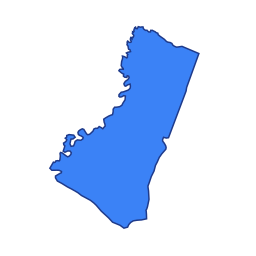 outline of Muar, Johor, Malaysia, rotated 348°
{"feature_id": "92858781B4939885294010", "entity_name": "Muar", "entity_type": "district", "adm_level": 2, "iso_a3": "MYS", "parent_name": "Malaysia", "parent_adm1": "Johor", "projection": "albers", "projection_center": [102.758, 2.134], "detail": "fine", "context": "isolated", "style": "filled", "palette": "blue", "viewbox_px": 256, "rotation_deg": 348, "n_neighbors": 0, "source": "geoboundaries", "source_scale": "gbopen_adm2", "svg_char_len": 3323}
<svg xmlns="http://www.w3.org/2000/svg" viewBox="0 0 256 256"><g transform="rotate(348 128 128)"><path d="M144.4,45.9L144.6,47.2L145.1,47.8L145.0,48.9L144.9,49.9L145.0,51.1L146.1,51.7L146.4,53.8L145.4,53.9L143.5,53.9L142.0,54.3L142.6,55.4L143.1,56.1L142.3,57.1L142.2,58.6L141.4,59.2L140.4,58.4L139.1,57.3L137.5,56.5L137.4,58.2L136.6,59.9L135.7,61.4L134.3,65.6L134.9,67.6L135.7,68.8L135.6,69.6L133.8,69.1L132.0,69.0L131.0,70.1L132.8,72.4L134.0,73.7L135.0,74.4L134.3,76.3L135.3,77.6L137.4,78.3L138.1,76.7L139.4,77.4L139.6,78.7L138.9,79.8L138.0,80.6L135.1,81.8L133.3,83.6L133.2,84.8L133.7,86.2L134.5,86.6L136.8,85.7L139.2,85.5L139.1,87.4L138.5,89.3L137.5,90.2L135.9,91.0L131.0,91.7L128.8,91.6L126.2,93.4L125.7,95.1L126.4,96.0L127.6,96.2L129.2,96.0L130.5,95.4L132.1,96.2L131.0,99.8L128.3,102.5L126.7,104.5L124.3,105.4L121.4,105.3L119.2,104.9L117.4,106.5L116.8,109.2L115.6,111.7L113.8,111.9L111.7,112.3L108.3,113.4L106.1,114.3L105.9,117.4L106.2,119.3L106.1,121.3L104.4,122.5L103.2,123.5L101.7,121.9L100.1,120.6L98.1,122.0L96.2,121.5L94.4,121.9L93.2,123.7L90.8,125.2L89.0,126.2L87.2,126.2L86.3,125.2L85.3,122.5L84.5,120.2L83.1,119.3L81.0,119.8L79.0,120.8L78.1,122.0L78.1,124.0L79.1,125.1L80.6,126.1L82.2,127.8L81.5,129.3L79.3,130.2L75.9,129.1L73.5,130.1L72.3,132.4L71.0,134.2L68.5,134.1L67.9,131.4L69.9,127.0L71.9,127.3L74.4,126.1L73.4,123.7L69.0,122.2L66.5,122.6L66.1,124.2L64.5,124.9L65.7,126.6L65.2,127.6L64.0,128.5L61.8,129.4L61.7,131.1L62.5,132.3L61.6,134.1L59.8,137.2L61.3,138.6L64.3,137.9L66.5,138.5L67.4,140.4L66.5,142.1L64.5,143.4L62.9,143.6L61.6,142.3L59.5,139.9L58.5,138.7L56.9,137.9L56.2,138.8L56.0,141.2L55.3,143.5L54.6,145.3L53.8,145.9L52.4,145.3L50.6,145.2L49.9,146.0L49.5,146.3L48.6,146.4L47.9,145.9L43.2,151.1L44.7,153.5L47.7,154.1L49.7,154.5L51.9,155.1L53.9,156.7L53.5,157.9L51.9,158.3L47.1,159.9L46.7,161.7L47.9,165.2L51.7,168.4L56.5,173.0L60.4,176.2L65.6,180.9L68.4,184.3L72.2,187.5L76.2,190.9L78.9,194.1L80.9,197.0L84.7,204.0L90.3,211.8L93.3,216.9L100.0,221.5L103.2,225.1L107.0,224.9L108.6,222.7L111.0,220.9L113.9,219.9L117.9,220.1L122.1,220.7L127.1,220.7L127.3,220.7L128.1,216.2L128.5,213.3L128.5,212.2L129.5,211.1L130.7,209.0L133.7,202.2L135.0,193.8L135.1,192.4L135.2,190.6L135.5,188.8L136.9,186.7L140.7,180.3L144.5,175.5L147.1,170.3L149.5,167.4L152.6,163.1L154.0,161.9L155.3,160.6L157.0,159.3L158.9,157.9L160.6,156.6L161.2,155.1L161.2,153.4L160.8,152.0L160.2,150.2L159.2,148.1L159.4,146.6L160.8,144.5L163.4,145.8L165.6,145.9L192.5,103.9L193.8,100.5L212.8,69.9L197.8,59.4L196.6,59.3L194.4,59.2L192.3,59.0L190.4,57.7L189.1,56.3L188.5,54.4L187.1,53.2L184.6,52.2L183.5,51.2L182.0,48.8L178.2,44.7L176.9,43.0L176.9,41.5L175.3,40.5L174.6,39.5L173.1,38.4L172.1,37.5L170.5,37.2L170.0,38.6L168.5,38.5L167.4,37.3L166.9,36.3L165.6,36.2L164.4,35.1L163.7,33.9L163.7,33.2L163.7,32.3L162.5,32.0L161.2,32.0L159.1,31.0L158.5,31.9L157.6,32.8L156.2,32.2L156.5,31.5L156.4,30.9L155.4,31.3L154.3,33.1L154.0,33.6L154.0,34.7L153.4,35.3L152.6,34.8L152.6,35.7L151.9,36.1L152.1,37.0L152.6,37.7L152.9,38.5L152.6,39.4L152.2,40.0L151.7,40.5L151.2,40.1L150.4,40.2L150.6,41.1L150.4,41.8L150.0,41.3L149.4,40.3L149.0,41.0L148.7,42.0L148.7,42.6L149.2,43.7L149.2,44.2L148.7,44.7L147.7,44.7L147.1,44.5L146.5,44.1L146.2,43.3L145.7,42.9L145.0,43.8L144.9,44.7L144.9,45.4L144.4,45.9Z" fill="#3b82f6" stroke="#1e3a8a" stroke-width="1.5"/></g></svg>